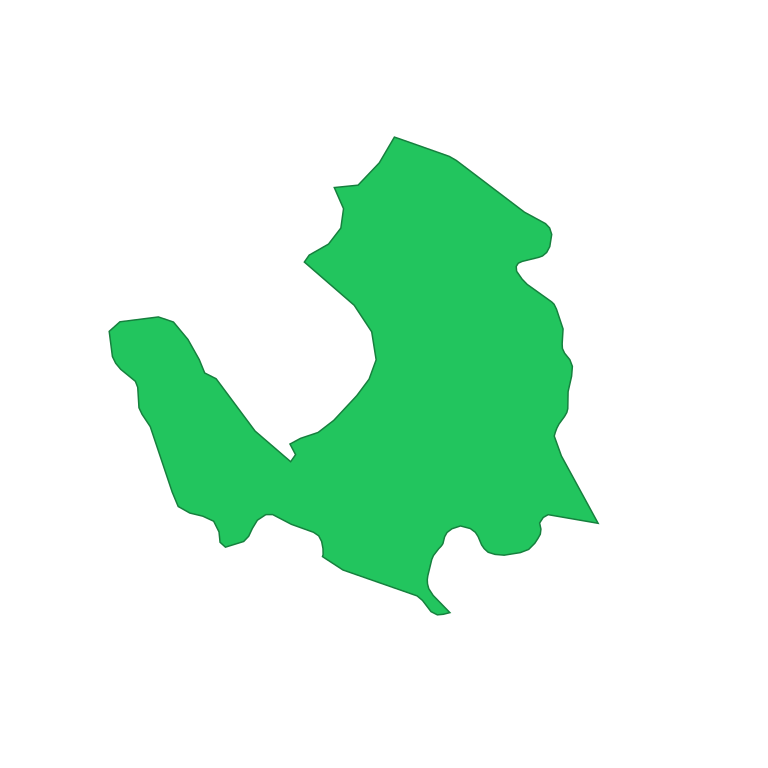 the County of Louth, rotated 215°
{"feature_id": "IRL-712", "entity_name": "Louth", "entity_type": "County", "adm_level": 1, "iso_a3": "IRL", "parent_name": "Ireland", "parent_adm1": "", "projection": "natural_earth1", "projection_center": [-6.434, 53.913], "detail": "fine", "context": "isolated", "style": "filled", "palette": "green", "viewbox_px": 768, "rotation_deg": 215, "n_neighbors": 0, "source": "natural_earth", "source_scale": "10m", "svg_char_len": 1791}
<svg xmlns="http://www.w3.org/2000/svg" viewBox="0 0 768 768"><g transform="rotate(215 384 384)"><path d="M420.3,159.4L427.5,160.3L434.3,168.2L444.8,173.9L456.6,171.8L469.1,166.9L482.3,165.6L495.4,173.9L551.0,215.0L564.8,220.4L571.1,224.0L583.8,240.0L589.2,243.6L608.1,245.0L615.7,247.1L622.2,250.7L639.3,269.5L636.0,283.5L607.3,309.5L592.0,314.0L570.1,308.0L549.3,298.0L537.2,290.2L524.5,292.0L462.6,271.5L415.9,266.8L415.9,275.4L426.6,280.9L421.2,291.6L410.2,306.5L404.3,325.4L399.6,358.9L399.0,379.4L404.3,399.3L424.0,419.7L453.6,431.4L519.2,438.2L519.2,446.7L509.7,466.8L508.8,487.0L517.7,504.4L537.4,516.4L519.3,532.0L514.7,562.5L517.1,592.2L512.4,593.6L461.0,607.9L453.0,608.6L367.5,605.3L343.6,608.0L337.8,606.8L332.4,602.7L327.0,591.6L326.2,585.1L327.6,579.8L329.9,576.5L341.1,563.7L343.3,560.0L343.1,556.1L340.0,552.4L331.0,549.1L323.8,547.7L293.6,547.4L290.5,546.9L285.6,544.2L268.9,531.8L261.1,519.1L258.2,515.4L253.7,512.8L245.7,510.5L239.8,506.5L234.8,498.0L228.8,483.3L219.3,469.2L217.9,465.5L217.5,460.9L217.7,451.6L217.1,447.0L216.0,442.8L214.7,439.0L197.4,426.8L128.7,392.7L174.6,371.1L177.0,366.0L176.8,359.4L172.2,355.1L169.8,350.6L169.3,345.7L169.1,340.1L170.6,331.5L175.6,324.1L187.4,312.7L195.3,308.1L202.2,305.9L207.5,306.6L211.8,308.2L219.4,313.0L224.1,314.9L230.4,315.1L239.9,311.6L245.3,304.4L247.2,298.5L246.7,293.6L244.2,287.1L244.1,285.2L244.2,283.5L244.7,280.5L245.1,271.8L244.2,267.6L238.1,252.0L236.3,248.5L233.7,245.2L229.9,242.0L222.5,239.0L198.9,234.5L203.3,229.4L207.9,225.5L214.9,224.5L228.4,228.8L235.4,229.4L310.9,208.1L335.4,207.3L336.0,209.3L339.5,214.1L344.7,219.2L350.4,222.2L356.7,222.1L379.5,215.9L400.3,213.2L405.9,209.2L409.6,199.8L409.0,190.3L407.5,181.6L408.6,174.5L420.3,159.4Z" fill="#22c55e" stroke="#15803d" stroke-width="1.5"/></g></svg>